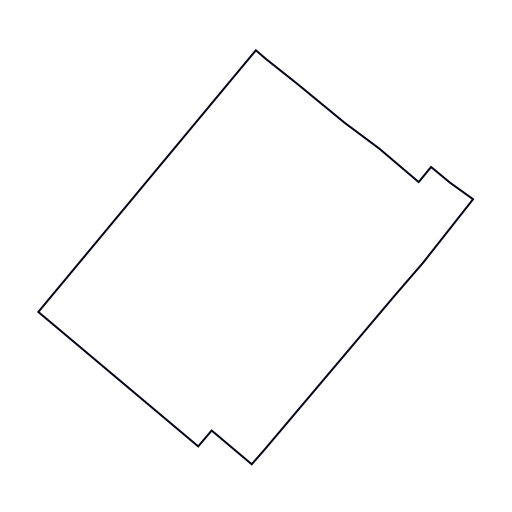 the district of Box Butte, Nebraska, United States of America, rotated 310°
{"feature_id": "52423323B65677119819091", "entity_name": "Box Butte", "entity_type": "district", "adm_level": 2, "iso_a3": "USA", "parent_name": "United States of America", "parent_adm1": "Nebraska", "projection": "robinson", "projection_center": [-102.94, 42.22], "detail": "fine", "context": "isolated", "style": "outline", "palette": "ink", "viewbox_px": 512, "rotation_deg": 310, "n_neighbors": 0, "source": "geoboundaries", "source_scale": "gbopen_adm2", "svg_char_len": 378}
<svg xmlns="http://www.w3.org/2000/svg" viewBox="0 0 512 512"><g transform="rotate(310 256 256)"><path d="M439.0,385.8L436.9,357.8L436.7,332.9L417.2,333.1L417.5,281.7L415.0,238.1L414.4,176.6L413.3,136.8L413.5,123.7L401.8,123.7L73.2,125.2L73.0,334.1L93.8,334.2L93.7,386.6L112.5,387.0L314.2,387.7L358.3,388.3L439.0,385.8Z" fill="none" stroke="#020617" stroke-width="2"/></g></svg>